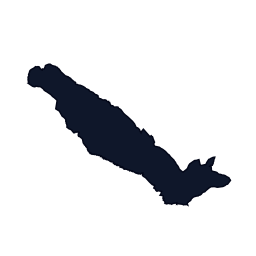 Arpasu De Jos, Sibiu, Romania, rotated 140°
{"feature_id": "2599482B95893109106034", "entity_name": "Arpasu De Jos", "entity_type": "district", "adm_level": 2, "iso_a3": "ROU", "parent_name": "Romania", "parent_adm1": "Sibiu", "projection": "robinson", "projection_center": [24.641, 45.716], "detail": "fine", "context": "isolated", "style": "filled", "palette": "ink", "viewbox_px": 256, "rotation_deg": 140, "n_neighbors": 0, "source": "geoboundaries", "source_scale": "gbopen_adm2", "svg_char_len": 5863}
<svg xmlns="http://www.w3.org/2000/svg" viewBox="0 0 256 256"><g transform="rotate(140 128 128)"><path d="M175.7,226.6L174.3,221.5L173.9,220.7L172.8,219.4L171.6,219.3L170.1,217.4L168.5,216.0L167.8,213.0L167.7,211.9L167.9,210.8L167.3,208.8L167.1,208.5L165.6,203.2L165.5,200.6L165.0,198.8L164.5,195.1L164.7,194.5L171.0,189.1L169.7,185.1L170.8,179.2L170.3,177.8L170.1,175.8L170.2,174.4L171.5,172.9L171.6,172.1L172.3,171.3L172.3,170.8L173.0,169.2L174.3,167.8L173.9,166.5L173.9,165.8L172.8,163.6L172.4,162.5L172.6,162.2L172.6,159.2L171.8,158.6L170.9,158.8L170.2,158.0L168.8,157.0L168.3,156.1L168.4,155.8L169.9,155.4L171.0,154.1L171.1,153.3L170.9,152.9L170.5,152.6L170.2,150.6L170.0,150.3L170.0,148.7L171.8,145.4L172.0,143.9L171.9,143.3L172.1,143.0L171.9,142.7L172.0,142.3L171.8,142.0L171.8,141.5L172.2,141.0L172.1,140.5L171.9,140.2L172.1,139.8L171.9,139.4L172.1,138.5L172.7,137.9L172.7,137.3L173.3,136.3L173.0,135.2L173.1,134.5L173.3,134.1L173.1,133.9L173.3,133.5L172.8,133.1L173.0,132.8L172.6,132.7L172.4,132.3L172.8,131.9L172.5,131.2L172.1,131.1L171.8,130.4L171.3,130.1L171.0,129.6L170.7,129.6L170.6,129.2L170.2,129.1L169.9,128.5L169.4,128.3L169.3,127.2L168.4,126.7L168.2,126.2L168.0,125.7L167.4,125.5L167.3,124.9L166.6,124.1L167.2,123.7L166.5,123.2L166.2,122.8L166.3,122.0L166.7,121.7L166.4,121.0L165.9,120.9L166.2,120.1L165.7,119.8L165.3,119.9L165.4,119.7L165.0,119.4L165.0,119.2L165.3,119.2L165.0,119.0L164.9,118.7L165.2,118.4L165.0,117.9L164.6,117.8L164.6,117.3L163.5,116.2L163.6,115.9L163.4,115.6L163.0,113.6L162.6,113.5L162.2,112.7L162.2,112.4L161.5,111.8L161.1,111.0L161.1,110.8L161.8,110.3L161.4,109.8L161.5,109.4L161.4,109.1L161.6,108.9L161.4,108.4L160.6,108.3L160.8,107.8L160.4,107.2L160.5,106.9L159.9,106.8L160.2,106.5L159.7,106.3L159.8,105.7L159.4,105.6L158.8,104.8L158.6,104.0L159.2,103.0L158.2,102.6L158.4,102.3L158.2,102.0L157.9,101.9L157.9,102.2L157.3,101.7L157.8,101.1L157.3,100.8L157.4,100.2L157.1,99.8L157.1,99.6L157.5,99.1L157.2,98.7L156.8,98.7L156.3,98.0L155.9,97.7L155.3,96.8L155.0,95.9L154.3,95.5L154.3,94.2L153.9,94.2L153.1,93.3L153.2,93.1L153.0,92.8L152.9,92.4L152.2,92.1L152.4,91.5L151.7,91.0L151.2,89.2L150.8,88.8L150.9,88.3L150.4,87.9L150.3,87.5L149.5,87.1L149.7,86.6L149.3,86.4L149.3,86.0L148.6,85.5L148.3,85.5L148.0,84.7L146.8,84.8L145.6,84.0L146.7,83.2L146.4,82.8L147.0,82.9L147.4,82.2L147.2,80.7L146.9,80.2L146.4,78.3L146.2,72.9L145.8,69.3L145.4,69.2L145.5,68.5L144.7,67.5L145.0,67.4L144.7,66.5L146.8,65.4L146.3,64.3L146.7,62.3L146.6,61.3L146.4,60.9L145.3,60.7L143.0,57.8L145.4,56.2L146.6,55.9L145.0,54.1L144.9,53.6L144.7,53.5L145.0,52.9L146.4,51.7L146.4,51.4L145.8,51.2L145.9,50.8L147.3,50.2L147.0,48.9L147.0,48.3L147.4,47.0L148.1,46.8L148.0,46.2L147.2,45.4L147.2,45.2L146.9,45.2L146.7,44.8L145.7,44.5L144.8,43.3L143.7,42.2L143.5,41.5L142.1,41.4L141.3,40.7L140.9,40.7L140.0,40.0L139.1,39.6L139.3,39.5L138.8,38.6L139.5,38.5L139.5,38.2L138.9,38.5L139.1,38.4L138.7,38.3L138.8,38.1L138.7,38.2L135.4,34.7L134.8,33.4L133.9,33.1L133.6,32.6L132.5,31.9L132.1,31.4L131.8,30.6L131.2,32.1L130.2,32.6L129.7,32.4L129.2,32.6L127.2,32.3L126.2,32.4L125.1,33.0L122.7,33.1L121.9,33.0L119.0,31.7L117.9,30.9L116.7,30.9L116.1,30.4L115.6,30.3L114.4,30.2L112.8,30.6L111.6,30.5L110.2,29.8L108.6,30.0L104.4,30.0L102.2,29.7L99.7,27.8L99.0,27.1L97.8,25.4L97.0,24.8L92.9,22.2L90.6,21.6L89.4,21.7L87.8,21.0L83.2,22.0L83.0,22.8L83.0,23.9L82.7,25.0L83.6,27.1L84.3,29.3L85.1,30.5L85.9,31.1L86.8,32.8L88.3,34.4L88.5,36.8L89.4,38.3L91.2,40.6L91.4,41.1L91.1,42.3L89.8,44.0L89.1,45.2L89.2,45.5L89.8,46.0L88.8,46.2L88.9,45.7L88.2,45.7L87.4,45.3L86.9,45.7L85.7,46.0L85.5,46.5L83.6,47.6L82.5,48.7L81.4,49.1L80.3,49.9L81.7,50.8L84.3,51.5L85.4,51.6L86.3,52.0L89.6,51.0L92.0,49.9L92.9,50.6L95.3,51.8L96.4,52.6L96.3,53.7L94.0,58.2L96.4,59.2L97.5,60.0L98.0,60.3L103.6,60.8L105.5,60.3L108.1,58.9L109.5,58.6L114.3,58.8L114.8,60.8L115.1,63.1L115.1,64.0L114.6,65.3L114.3,66.9L114.3,69.5L113.7,71.4L113.9,72.4L113.5,73.9L114.0,78.6L113.8,80.9L114.3,82.6L114.4,85.9L115.2,89.5L115.9,91.1L116.4,93.1L119.4,97.0L118.6,99.5L117.1,99.9L116.7,100.4L116.8,100.9L116.4,101.4L116.3,102.2L116.1,102.3L116.1,102.7L115.7,103.4L115.7,104.0L115.2,104.6L115.2,105.0L114.9,105.6L115.2,106.0L115.2,107.2L116.8,107.2L117.0,117.2L119.8,116.6L121.1,115.9L120.8,117.9L120.4,118.9L120.3,120.6L120.6,122.0L121.2,122.5L121.4,123.1L121.2,123.7L121.3,124.4L120.9,124.9L120.9,125.2L120.4,126.8L120.3,130.0L121.1,136.8L121.7,139.7L122.0,142.2L121.7,146.4L122.1,148.1L122.7,149.1L122.4,149.6L122.3,150.5L123.8,151.9L124.9,152.4L125.2,153.2L125.4,154.9L126.9,156.2L126.3,157.3L126.1,158.9L125.7,159.3L126.3,160.0L125.8,160.8L126.9,161.5L127.0,162.0L126.9,163.0L127.1,163.4L127.1,163.8L127.8,164.3L128.2,165.0L129.0,165.1L129.7,166.5L129.8,167.2L130.3,167.6L130.3,168.1L130.8,168.5L131.0,169.3L131.4,169.8L131.5,170.2L131.2,170.7L130.4,171.7L130.3,172.1L130.7,173.5L131.3,174.2L131.7,175.2L132.0,177.8L133.7,181.0L133.5,182.5L135.0,185.3L135.0,186.6L135.9,189.1L137.1,191.4L138.3,192.6L138.9,194.0L139.9,195.1L139.5,196.2L139.1,196.3L139.0,197.0L139.6,197.6L139.6,198.8L139.9,199.3L139.8,199.9L140.1,200.5L140.0,201.0L140.4,201.6L140.0,202.6L140.3,203.2L140.3,203.7L140.8,204.6L140.8,205.4L141.3,205.6L141.3,206.2L141.7,206.7L141.7,207.1L142.3,207.6L142.5,208.1L143.3,214.5L143.0,215.7L143.2,216.4L142.9,217.3L143.2,218.1L143.3,220.2L144.0,221.0L144.0,221.8L145.9,224.4L146.7,227.0L147.9,227.9L150.6,228.8L151.5,228.7L152.1,228.1L154.1,227.2L154.7,227.2L155.6,228.2L156.5,227.6L157.0,228.8L157.0,229.5L157.3,229.9L157.2,230.3L156.9,230.7L157.0,231.0L156.8,231.9L157.5,232.9L158.7,233.4L159.2,234.3L159.5,234.4L161.7,234.4L164.5,235.0L165.8,235.0L166.8,234.7L167.8,233.9L169.7,232.9L170.0,232.5L169.9,232.0L170.1,231.7L171.5,231.4L172.4,230.6L172.5,229.8L173.2,229.6L173.2,229.2L173.8,228.7L173.6,228.3L174.3,228.0L174.2,227.4L174.7,226.4L175.7,226.6Z" fill="#0f172a" stroke="#020617" stroke-width="1.5"/></g></svg>